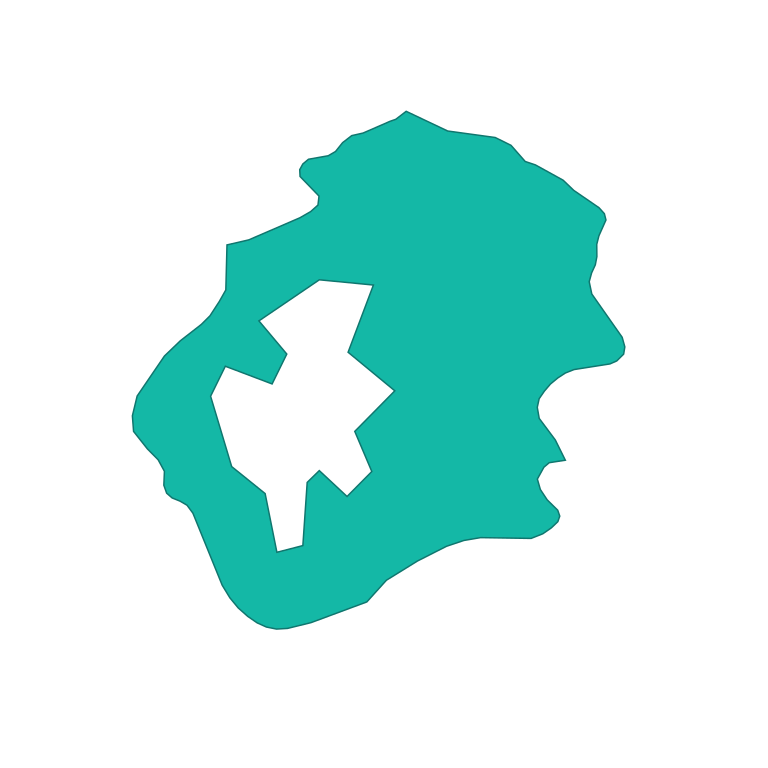 an SVG outline of Ilfov, rotated 26°
{"feature_id": "ROU-4844", "entity_name": "Ilfov", "entity_type": "County", "adm_level": 1, "iso_a3": "ROU", "parent_name": "Romania", "parent_adm1": "", "projection": "orthographic", "projection_center": [26.174, 44.513], "detail": "fine", "context": "isolated", "style": "filled", "palette": "teal", "viewbox_px": 768, "rotation_deg": 26, "n_neighbors": 0, "source": "natural_earth", "source_scale": "10m", "svg_char_len": 1539}
<svg xmlns="http://www.w3.org/2000/svg" viewBox="0 0 768 768"><g transform="rotate(26 384 384)"><path d="M181.9,327.8L199.2,313.8L235.5,271.5L242.5,261.2L246.2,252.1L243.2,243.6L217.6,234.3L214.3,228.3L214.6,221.8L217.6,215.1L233.8,203.3L238.5,196.3L241.0,185.2L246.1,174.9L255.2,167.6L274.3,145.2L278.5,141.0L284.4,129.2L330.3,128.7L375.9,113.7L393.5,113.8L413.4,122.1L424.0,120.7L455.7,122.3L469.7,126.8L500.0,131.3L507.4,134.3L511.6,139.3L512.2,156.6L514.0,165.2L519.5,176.2L521.7,184.3L521.9,193.1L523.6,202.1L531.3,212.0L577.6,237.6L584.2,245.1L586.3,252.1L583.1,261.2L578.3,266.9L548.5,287.7L542.2,294.6L537.6,302.3L533.6,311.1L531.3,320.0L529.9,329.2L532.0,337.8L538.6,346.9L562.5,359.2L580.4,373.0L567.0,382.3L564.2,388.7L563.5,402.2L570.8,410.3L581.5,416.6L595.5,421.3L599.9,425.7L600.6,431.5L597.5,439.9L592.4,449.0L583.9,458.3L538.2,479.7L524.4,489.6L511.3,502.5L491.7,528.4L472.2,559.3L464.1,587.4L423.0,630.5L404.4,646.0L394.8,651.4L384.8,654.0L374.7,654.3L363.4,652.6L351.2,649.2L339.3,643.8L326.8,635.8L268.9,583.9L260.1,579.3L251.9,578.7L243.5,579.3L236.5,577.4L230.5,571.5L224.9,558.7L214.2,551.1L199.9,546.1L179.7,536.4L171.8,522.9L167.4,503.0L174.4,455.1L182.0,434.4L193.7,410.5L197.7,399.0L199.8,382.0L200.6,368.8L181.9,327.8ZM400.1,501.3L411.4,468.0L378.5,439.4L396.7,385.4L337.8,371.2L331.1,299.7L280.2,318.7L243.9,382.1L283.5,399.7L283.4,433.0L233.6,437.6L233.5,471.0L283.3,525.0L325.2,534.6L361.5,582.2L381.9,564.8L358.1,506.1L363.8,490.2L400.1,501.3Z" fill="#14b8a6" stroke="#0f766e" stroke-width="1.5"/></g></svg>